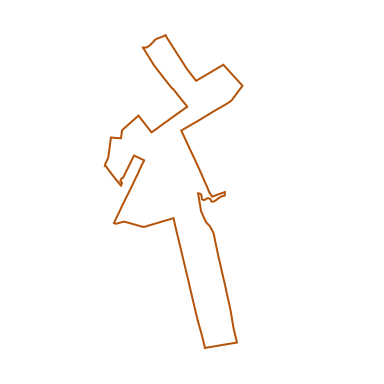 outline of Barbulesti, Ialomita, Romania, rotated 123°
{"feature_id": "2599482B7724523502847", "entity_name": "Barbulesti", "entity_type": "district", "adm_level": 2, "iso_a3": "ROU", "parent_name": "Romania", "parent_adm1": "Ialomita", "projection": "mercator", "projection_center": [26.592, 44.736], "detail": "fine", "context": "isolated", "style": "outline", "palette": "amber", "viewbox_px": 384, "rotation_deg": 123, "n_neighbors": 0, "source": "geoboundaries", "source_scale": "gbopen_adm2", "svg_char_len": 3072}
<svg xmlns="http://www.w3.org/2000/svg" viewBox="0 0 384 384"><g transform="rotate(123 192 192)"><path d="M150.0,253.0L156.4,255.4L164.0,258.4L157.1,278.5L178.3,284.3L184.8,281.2L185.3,280.9L185.8,281.0L190.5,289.7L199.8,285.2L204.8,282.9L208.9,280.9L209.3,280.8L213.3,280.4L215.4,280.1L215.7,280.0L217.3,279.3L216.9,279.1L217.1,278.7L219.4,272.7L221.8,266.0L223.7,260.2L225.3,255.1L222.6,255.5L221.8,258.1L219.0,258.5L217.8,257.6L193.0,260.5L191.5,249.4L192.0,249.3L196.8,248.8L200.6,248.3L206.7,247.3L208.7,247.1L211.0,246.8L215.5,246.2L219.0,245.7L221.3,245.5L222.5,245.3L240.8,243.2L250.8,241.8L255.6,241.2L260.5,240.6L260.4,239.9L260.0,238.4L257.0,235.7L254.6,233.6L253.7,232.6L248.0,214.2L247.4,213.3L246.2,212.0L244.8,211.0L224.0,193.2L225.5,191.7L227.8,189.4L230.4,186.7L232.3,184.7L233.9,183.1L237.4,179.3L244.7,171.6L255.7,160.1L260.5,155.0L263.4,151.9L268.6,146.5L277.0,137.8L285.6,128.8L288.7,125.6L292.9,121.1L295.2,118.7L296.6,117.3L297.0,116.9L296.9,116.8L301.9,111.3L301.9,111.2L305.9,106.7L310.4,101.8L313.1,98.9L315.3,96.7L315.8,96.3L298.5,77.5L293.8,72.3L293.4,72.8L292.9,73.2L290.4,75.8L288.9,77.5L287.7,78.7L286.9,79.5L286.5,79.9L286.1,80.4L285.7,80.8L285.0,81.5L284.4,82.1L284.2,82.4L283.6,82.9L283.1,83.4L282.9,83.6L279.8,86.5L276.7,89.3L275.6,90.3L274.5,91.3L271.0,94.5L268.3,97.2L265.5,99.9L263.8,101.7L260.3,105.3L258.6,107.0L258.0,107.6L256.8,108.9L251.9,113.7L249.7,116.0L247.5,118.4L240.0,126.1L230.5,135.9L220.8,145.6L216.1,150.1L215.9,150.4L215.4,150.9L215.0,151.3L214.7,151.8L214.4,152.2L214.1,152.6L213.7,153.4L213.3,154.1L212.6,155.4L211.8,156.9L211.0,158.3L210.8,158.9L210.7,159.4L210.4,160.8L210.0,162.5L209.6,163.9L205.3,170.7L203.1,174.0L191.5,184.6L189.9,186.2L189.5,185.5L189.1,184.7L189.0,184.1L189.2,183.1L189.6,182.3L190.0,181.9L190.4,181.6L191.2,180.9L191.8,180.5L192.5,180.0L192.6,179.8L192.6,179.3L192.6,178.7L192.5,178.2L192.3,177.7L192.0,177.4L191.3,176.9L190.7,176.7L189.7,176.3L189.2,175.9L188.6,175.1L188.2,174.5L187.9,173.6L188.0,172.6L189.2,171.1L189.2,170.9L189.3,170.5L189.1,169.9L188.9,169.4L188.6,169.0L188.1,168.6L187.4,168.2L186.2,167.6L184.8,167.0L182.8,166.4L181.6,165.9L180.0,165.1L178.5,163.8L177.8,163.3L177.2,162.6L174.2,164.4L175.4,165.3L179.9,168.9L184.9,172.5L182.8,177.5L180.4,180.8L168.0,199.7L146.3,234.5L128.9,225.6L111.4,217.2L102.3,212.5L100.0,211.4L95.3,209.2L92.9,208.6L89.7,208.5L89.0,208.4L75.4,207.5L68.2,235.0L96.5,249.1L92.1,261.9L90.9,265.0L90.4,265.9L83.8,280.5L76.3,297.0L74.9,299.7L75.3,299.9L76.2,300.3L76.8,300.8L77.5,301.2L78.7,302.1L79.8,302.9L81.0,303.8L82.2,304.6L83.3,305.3L84.5,305.9L86.3,306.1L88.0,306.4L89.5,306.7L90.9,307.0L92.2,307.4L93.4,307.8L95.6,308.9L97.6,311.7L101.8,302.7L105.6,294.7L106.2,293.5L108.3,287.6L111.7,277.9L112.5,275.7L116.0,265.0L115.7,264.4L120.0,251.8L122.6,243.6L122.9,243.0L123.0,242.6L123.3,242.4L123.6,242.4L124.0,242.7L124.5,243.0L125.4,243.4L126.7,243.9L127.6,244.2L128.9,244.7L130.2,245.3L132.2,246.0L133.1,246.4L136.0,247.6L142.6,250.1L144.2,250.7L148.5,252.4L149.2,252.7L150.0,253.0Z" fill="none" stroke="#b45309" stroke-width="2"/></g></svg>